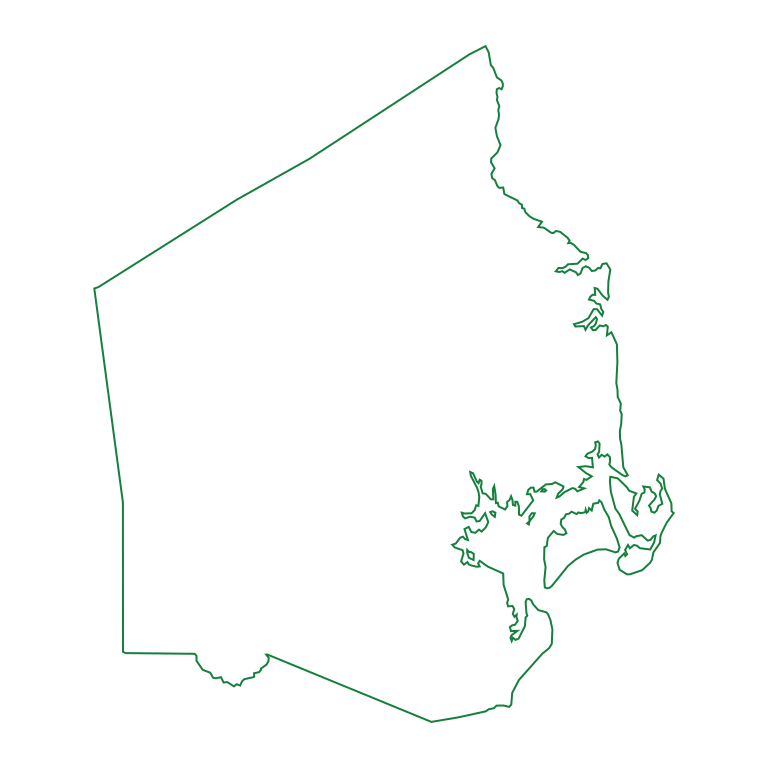 Lamu West, Coast, Kenya
{"feature_id": "3690345B28138832354018", "entity_name": "Lamu West", "entity_type": "district", "adm_level": 2, "iso_a3": "KEN", "parent_name": "Kenya", "parent_adm1": "Coast", "projection": "equal_earth", "projection_center": [40.664, -2.131], "detail": "fine", "context": "isolated", "style": "outline", "palette": "green", "viewbox_px": 768, "rotation_deg": 0, "n_neighbors": 0, "source": "geoboundaries", "source_scale": "gbopen_adm2", "svg_char_len": 6118}
<svg xmlns="http://www.w3.org/2000/svg" viewBox="0 0 768 768"><path d="M485.9,711.3L488.6,709.3L493.9,708.2L496.6,705.6L503.5,705.5L509.2,706.9L511.3,704.4L512.2,692.9L518.9,680.0L542.3,653.7L549.2,648.1L551.8,643.7L552.4,629.5L550.4,619.9L548.0,614.2L546.4,612.3L538.3,610.1L533.1,604.3L531.4,600.6L529.2,598.9L526.8,599.2L525.6,601.8L526.4,612.8L527.3,615.7L525.6,617.5L524.9,626.2L518.6,638.6L515.4,639.9L512.9,637.7L511.7,641.0L510.5,637.7L511.6,635.2L517.4,630.9L511.0,631.1L509.9,627.0L512.2,625.3L515.0,624.8L517.7,621.0L516.5,617.2L516.7,614.6L514.4,616.8L512.8,613.7L514.3,609.2L512.5,606.0L508.1,606.3L507.1,602.9L508.2,599.5L503.6,584.8L503.2,573.5L487.8,566.6L479.7,560.8L478.1,563.3L479.6,566.4L476.9,566.8L471.5,565.5L468.7,564.4L467.5,562.1L463.9,564.6L461.1,561.4L463.5,553.5L462.6,550.2L454.8,547.5L452.3,544.7L455.7,543.6L460.2,537.7L462.9,536.7L465.1,539.1L467.9,540.0L464.5,529.1L468.7,526.9L471.4,532.1L475.4,532.8L479.0,529.6L481.7,531.6L485.7,527.5L488.3,522.2L485.1,513.2L479.7,521.0L476.6,521.5L474.7,517.6L470.2,516.7L465.1,518.4L462.9,516.4L461.8,512.7L464.4,513.5L471.5,513.3L474.6,510.2L476.2,505.3L478.4,505.9L479.3,497.1L478.6,492.5L477.2,488.1L470.9,475.9L470.2,472.0L473.0,473.2L476.8,481.5L478.6,483.2L479.7,479.7L481.4,480.7L481.6,483.7L480.7,486.6L482.6,493.3L485.7,493.8L490.8,499.3L493.3,499.3L492.9,488.7L494.2,486.0L495.6,494.7L495.9,503.1L497.8,502.7L498.6,506.3L505.1,509.5L507.4,506.1L507.1,501.9L509.5,500.1L511.1,496.3L512.5,500.1L512.9,505.0L515.3,505.6L515.3,501.7L517.3,501.8L518.9,506.4L519.0,514.6L521.4,515.7L533.2,500.4L530.3,494.2L527.0,494.2L528.3,489.9L530.9,487.6L533.5,487.6L534.5,491.7L536.5,491.7L545.9,484.4L552.1,484.0L555.1,482.3L563.5,486.4L562.8,489.1L558.2,493.6L556.7,497.6L559.4,496.5L564.5,492.1L572.4,488.1L575.1,488.8L577.3,491.3L584.3,488.4L579.1,487.0L583.3,482.1L584.0,479.0L586.4,479.9L591.8,476.3L586.3,473.3L578.4,467.0L585.8,466.2L592.9,467.3L592.0,457.8L588.8,458.2L585.5,456.3L587.3,453.8L592.7,451.4L595.1,449.0L595.8,445.4L595.2,442.3L597.9,441.4L599.6,443.7L599.1,452.0L597.5,454.3L599.0,457.5L601.7,454.8L604.7,456.6L607.4,454.4L609.9,457.1L610.1,461.3L609.3,464.5L611.5,467.3L622.3,475.0L625.4,476.4L627.8,475.3L623.3,467.3L621.4,444.9L620.0,438.3L619.9,430.6L621.2,424.3L621.7,414.0L620.2,410.8L620.8,403.5L617.7,397.0L617.5,389.8L616.3,382.9L617.4,362.2L616.9,344.4L611.4,332.3L606.9,335.3L607.8,326.6L605.9,325.0L603.2,326.3L599.7,325.5L595.6,330.0L592.9,330.2L591.0,327.5L593.9,326.1L595.8,323.7L597.0,319.0L595.7,317.2L587.8,325.6L585.5,329.8L583.9,326.1L575.4,326.5L574.0,324.2L582.2,321.8L588.5,318.1L593.6,309.2L597.0,309.2L602.1,315.6L603.3,312.0L601.2,308.7L600.2,304.4L596.3,303.5L594.1,300.8L589.0,299.6L590.3,296.7L592.7,294.7L595.2,294.9L594.7,288.0L597.5,288.8L602.7,295.7L607.5,299.8L608.8,297.0L608.1,292.3L608.4,281.6L610.3,269.5L606.5,263.3L602.4,264.0L600.4,268.3L598.1,268.0L595.2,270.5L591.8,271.0L589.1,267.7L585.9,266.3L582.6,268.0L580.5,273.5L577.9,275.1L576.0,272.3L569.7,269.4L564.6,272.8L562.4,271.2L559.1,272.0L555.8,271.3L558.5,268.0L562.6,268.1L565.8,266.6L567.9,264.3L577.5,263.7L582.7,258.6L585.5,260.0L588.2,258.3L588.0,255.3L586.1,253.1L580.6,251.9L574.0,244.9L570.9,243.0L568.3,243.1L569.6,240.6L567.5,237.7L560.1,231.8L555.9,231.0L553.4,233.1L551.0,232.7L543.9,227.7L538.2,227.0L541.9,221.7L533.7,218.9L529.4,216.2L525.3,212.1L524.3,208.6L522.1,208.1L521.9,204.7L519.2,203.2L517.4,200.5L504.4,194.1L503.2,187.5L499.2,187.9L497.4,186.1L495.0,180.2L492.2,178.2L491.4,173.9L494.6,168.3L491.0,162.2L491.3,158.5L497.4,152.4L500.5,145.2L496.9,136.1L495.4,127.8L498.6,118.9L499.0,114.8L498.3,110.2L499.3,106.0L496.9,100.0L497.5,96.9L496.5,92.9L496.8,89.3L499.2,88.0L501.6,89.3L502.8,86.3L502.8,83.4L501.3,80.4L496.9,77.4L493.3,67.9L490.8,65.0L488.7,52.4L485.5,46.1L469.5,54.3L309.6,158.7L237.1,199.5L98.4,287.1L94.3,288.5L122.9,502.4L123.0,651.8L125.6,653.1L194.7,653.8L196.5,655.9L196.5,660.8L202.7,669.8L210.2,672.7L213.1,677.7L215.9,678.3L221.0,677.2L223.6,682.5L227.3,682.1L234.0,686.4L236.7,684.2L240.1,685.5L242.0,681.4L244.2,679.2L253.6,677.1L254.2,676.7L254.1,673.2L259.0,672.2L261.1,669.6L261.0,668.5L266.6,664.5L268.4,661.4L268.7,657.8L266.2,654.6L267.3,654.5L431.4,721.9L458.5,717.3L485.9,711.3ZM604.5,509.9L601.5,502.4L599.3,500.4L598.1,502.9L593.3,503.7L591.7,510.5L589.1,508.1L588.2,511.4L586.7,512.7L585.7,509.7L585.2,512.2L580.9,513.2L578.4,512.4L576.6,514.1L571.6,511.7L569.1,513.7L566.0,514.3L564.0,518.0L561.3,519.5L560.7,523.7L562.2,526.9L564.8,529.4L566.4,533.2L563.5,534.9L557.4,534.0L553.7,531.0L547.9,537.8L546.7,546.1L544.4,547.2L544.1,559.3L545.6,567.0L544.3,580.3L544.8,587.4L547.0,588.3L549.5,587.8L551.9,585.9L567.9,566.1L575.5,559.7L583.7,554.6L597.6,549.6L605.9,549.3L615.7,552.4L618.1,551.5L619.6,547.4L616.9,538.6L611.1,525.8L608.8,517.2L604.5,509.9ZM671.6,511.3L671.4,503.4L664.9,488.8L663.5,478.6L658.7,474.7L657.1,480.1L660.4,483.4L662.2,488.5L660.5,491.0L659.8,494.2L662.3,503.8L658.4,505.9L656.8,510.5L654.4,512.7L651.4,511.6L650.7,508.3L649.0,505.6L654.4,499.6L656.2,496.1L654.5,493.2L651.6,491.6L649.8,487.3L643.3,486.5L644.7,489.5L644.4,492.5L641.7,493.8L639.3,500.9L635.0,508.7L637.7,511.6L637.2,515.2L632.2,510.6L633.9,496.9L636.3,493.4L629.2,490.8L626.9,487.3L617.7,478.3L610.3,476.8L609.9,481.0L610.8,491.5L615.4,508.6L619.3,514.1L629.5,535.1L634.2,537.6L636.3,536.2L641.7,535.2L647.7,540.6L650.5,539.9L653.2,536.4L655.6,535.4L654.1,542.5L650.2,549.5L639.9,548.2L637.1,545.7L633.9,545.0L629.9,548.3L628.0,545.0L625.1,549.9L627.1,554.3L625.3,556.0L624.2,553.4L618.7,558.9L617.5,562.9L619.6,569.7L626.9,574.3L629.9,574.3L642.1,570.2L650.1,562.8L651.9,559.8L653.4,552.4L659.9,543.1L660.5,535.9L661.6,532.9L666.5,523.0L673.7,513.0L671.6,511.3ZM473.6,560.0L473.8,553.9L471.2,552.1L469.0,551.9L467.3,550.0L467.2,552.7L468.9,557.8L473.6,560.0ZM529.5,521.3L533.4,516.3L534.7,513.3L531.9,513.2L529.4,516.6L529.5,521.3ZM495.4,512.7L492.5,511.3L490.2,512.1L491.7,514.5L494.8,516.8L495.4,512.7ZM544.9,491.6L546.2,490.5L544.6,489.1L542.7,489.3L541.3,491.4L544.9,491.6ZM529.5,521.3L527.1,523.4L528.9,524.5L529.5,521.3Z" fill="none" stroke="#15803d" stroke-width="2"/></svg>